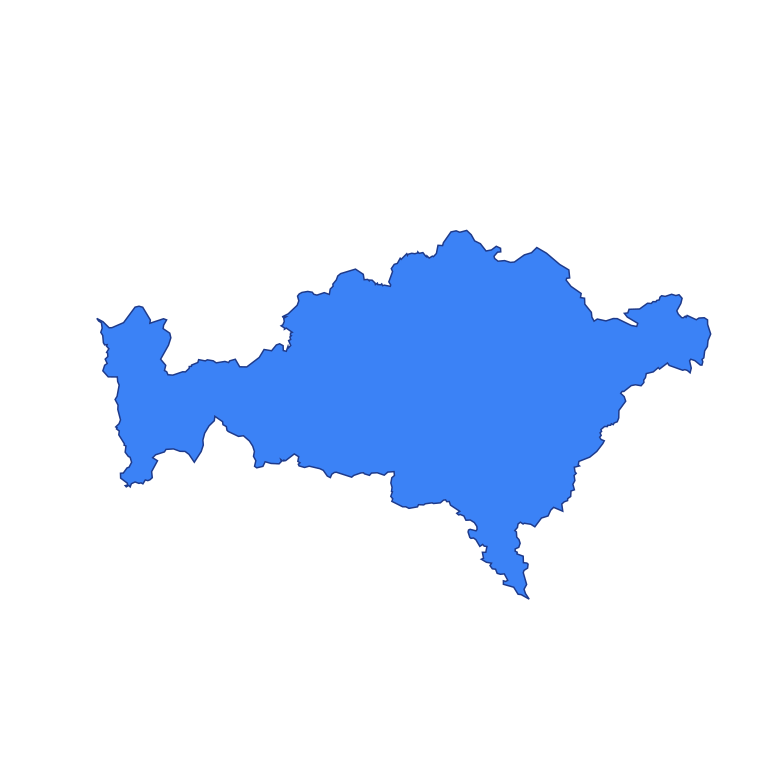 outline of San Martín de Bolaños, Jalisco, Mexico, rotated 110°
{"feature_id": "50627088B70833625521917", "entity_name": "San Martín de Bolaños", "entity_type": "district", "adm_level": 2, "iso_a3": "MEX", "parent_name": "Mexico", "parent_adm1": "Jalisco", "projection": "natural_earth1", "projection_center": [-103.757, 21.572], "detail": "fine", "context": "isolated", "style": "filled", "palette": "blue", "viewbox_px": 768, "rotation_deg": 110, "n_neighbors": 0, "source": "geoboundaries", "source_scale": "gbopen_adm2", "svg_char_len": 6161}
<svg xmlns="http://www.w3.org/2000/svg" viewBox="0 0 768 768"><g transform="rotate(110 384 384)"><path d="M212.2,105.7L214.3,110.6L216.8,112.5L215.9,122.6L218.0,123.0L217.3,124.1L219.5,125.5L219.8,127.0L217.7,131.3L215.1,133.9L206.8,132.6L201.5,133.2L199.2,137.3L201.1,140.0L201.3,144.4L205.5,149.7L206.1,153.3L208.0,154.4L210.8,154.1L212.3,156.4L213.7,156.6L214.6,159.4L216.9,160.4L218.0,164.0L226.1,169.5L230.0,179.3L233.8,179.2L235.4,182.3L237.9,178.3L240.2,166.3L243.5,166.2L244.4,171.7L242.8,187.2L244.1,191.0L248.8,197.0L250.0,205.8L253.1,208.1L250.1,211.5L245.7,213.7L240.3,222.6L234.8,224.9L235.6,228.9L231.5,229.7L228.3,241.7L224.1,248.4L222.2,248.5L220.8,245.8L213.6,249.3L211.6,259.7L205.5,276.1L203.5,287.1L210.2,290.3L214.7,296.3L224.8,303.2L226.5,306.8L226.8,312.9L229.6,318.8L228.2,323.0L226.3,324.3L221.3,322.4L219.9,319.5L216.6,320.9L216.2,325.6L221.3,328.9L224.1,333.6L219.2,341.4L218.5,347.8L213.9,353.1L211.4,358.8L215.5,364.7L215.4,368.6L218.2,373.1L230.8,376.5L233.9,376.3L235.2,380.7L243.4,379.4L247.4,381.1L247.3,382.3L250.2,384.6L248.9,387.5L249.9,387.4L249.7,388.4L247.2,392.4L249.2,395.6L248.3,397.4L249.3,397.2L251.0,399.5L251.7,402.7L253.9,405.8L255.1,405.9L253.8,407.2L261.0,410.5L260.3,411.8L266.1,412.7L268.1,415.3L273.1,416.6L275.4,414.4L286.4,414.4L288.6,411.6L290.1,411.5L291.0,417.5L292.1,419.0L290.7,420.4L291.9,421.1L292.7,423.9L291.5,424.7L293.5,426.1L292.2,426.9L290.5,430.6L291.3,433.2L292.1,433.2L291.3,435.1L292.8,438.3L288.0,441.0L285.8,450.1L295.1,462.5L298.3,464.4L302.5,464.4L307.6,466.2L309.6,465.3L313.2,467.0L318.5,466.0L318.6,471.4L323.4,477.4L323.7,480.6L322.3,482.8L323.1,487.3L326.0,492.4L328.4,494.5L331.0,495.3L335.0,492.5L339.8,492.5L350.8,498.0L355.8,502.7L354.4,499.0L356.6,500.7L359.3,499.1L363.0,499.3L364.5,500.6L365.4,496.6L366.6,496.3L364.9,494.9L366.8,487.9L368.1,489.2L370.1,488.7L370.3,487.6L372.0,488.5L374.1,486.9L375.8,488.5L379.7,484.8L382.7,486.2L381.4,487.1L386.7,487.0L387.0,490.1L382.5,491.9L381.9,495.8L384.1,498.5L391.2,501.0L392.6,508.5L401.7,510.3L414.9,518.8L417.2,525.5L411.6,532.2L415.0,536.9L417.0,537.4L417.2,541.2L421.5,548.9L420.6,552.4L421.7,558.3L423.4,559.8L424.5,566.5L427.5,566.3L432.0,571.3L433.3,571.0L434.2,573.0L435.9,572.4L440.5,574.7L441.4,577.4L447.9,585.5L449.2,590.2L446.8,592.4L446.4,594.9L441.1,595.5L437.1,602.4L421.3,599.8L413.5,600.1L409.5,602.7L407.5,610.5L404.1,611.2L398.1,610.2L398.1,613.5L407.0,624.8L403.8,625.4L394.4,637.0L394.7,640.8L396.9,644.2L415.4,649.7L424.1,658.9L425.2,661.5L421.6,669.3L420.6,676.3L422.4,673.7L423.1,670.5L428.0,667.9L432.3,667.8L434.6,664.9L441.2,661.8L442.8,659.9L441.7,657.6L443.3,657.7L445.0,654.6L449.2,655.5L449.5,654.3L452.7,652.9L456.0,654.5L459.4,651.1L461.9,652.9L467.8,652.7L471.6,645.6L468.6,637.0L472.8,635.1L475.6,632.5L486.9,630.6L490.5,631.4L494.8,626.7L499.0,625.4L507.9,619.3L512.0,619.4L516.1,621.4L516.4,619.9L517.7,620.0L518.7,616.7L522.5,615.8L529.0,607.5L530.4,607.3L530.5,605.3L536.6,603.9L539.5,599.5L539.7,597.5L543.9,594.4L549.3,595.1L550.8,596.8L556.8,598.5L558.0,601.1L562.5,599.3L565.0,591.2L566.9,590.5L568.0,592.4L568.8,591.0L566.6,589.2L567.5,587.3L564.1,587.3L561.2,584.4L561.2,580.3L560.0,578.5L560.3,576.4L555.8,575.5L555.6,572.9L554.1,571.2L551.3,569.7L545.8,572.4L533.6,570.6L532.4,576.2L528.6,574.4L522.9,567.1L520.0,566.5L517.0,559.6L517.0,552.6L515.4,547.9L516.8,543.2L522.4,535.5L510.0,532.7L503.2,532.9L498.7,535.0L491.6,535.7L483.2,534.1L476.6,530.9L472.2,531.9L474.6,522.8L477.3,521.4L477.9,517.6L481.2,515.7L481.9,514.1L483.0,502.8L480.7,498.4L483.6,490.9L487.3,486.1L491.7,482.7L496.6,481.9L499.9,478.2L505.6,477.5L506.3,474.9L502.8,469.6L497.7,469.1L497.3,463.0L494.9,455.3L491.8,453.9L490.3,455.1L490.9,453.3L490.6,452.0L489.1,452.2L490.4,451.8L489.6,450.2L480.4,444.4L481.5,439.3L486.2,438.5L486.8,436.0L488.7,437.1L490.0,435.8L489.6,430.1L486.8,426.2L485.5,415.3L485.9,411.5L489.9,405.8L490.3,402.4L486.6,402.2L484.1,400.4L483.2,398.6L482.6,382.5L480.2,381.1L475.4,375.2L474.4,372.9L475.1,371.7L474.8,366.4L472.0,365.3L469.7,360.0L469.6,352.6L465.5,350.3L462.9,344.6L466.4,342.9L469.4,344.6L474.7,343.7L478.3,341.1L482.4,340.2L482.4,339.2L487.3,339.2L488.9,336.5L491.6,336.5L493.0,324.4L491.9,321.5L492.3,318.0L488.0,310.5L485.6,310.3L484.0,305.3L482.4,304.2L479.2,298.1L479.4,296.7L476.4,290.4L472.8,288.4L471.8,286.5L473.1,284.8L472.1,282.5L475.1,280.1L477.7,269.3L480.6,271.4L481.5,269.1L480.5,267.6L480.7,263.8L484.0,260.4L482.3,256.4L483.3,251.7L486.1,248.0L488.8,246.8L490.5,247.3L491.1,253.4L492.3,254.6L494.3,254.4L498.8,250.9L499.3,249.5L498.1,247.2L498.9,244.4L503.8,238.4L501.0,236.4L502.1,234.4L501.5,231.7L507.3,230.8L508.5,234.0L513.7,230.9L515.4,232.6L516.5,226.8L515.6,221.7L518.4,222.3L520.6,219.0L519.9,215.8L523.2,212.9L523.0,209.6L521.3,206.0L526.1,200.6L527.9,202.1L528.1,204.5L531.4,203.3L530.6,192.6L535.7,186.1L535.0,183.1L536.5,174.0L532.5,179.4L529.0,182.2L523.6,181.4L513.7,188.6L511.3,188.7L507.9,186.1L504.0,187.0L503.4,188.5L504.2,191.9L498.2,194.3L498.2,200.9L496.5,201.3L496.2,203.6L494.1,204.3L491.4,201.5L487.1,201.6L484.1,203.9L482.5,206.9L477.7,209.0L477.0,211.0L473.2,209.5L469.8,210.2L467.2,208.6L468.0,205.4L466.9,204.6L465.6,198.1L466.6,193.4L456.1,190.2L451.9,184.7L445.6,184.2L441.9,182.4L442.4,172.5L436.0,175.9L433.0,174.3L430.8,171.6L428.9,172.2L425.8,170.1L420.6,171.7L418.3,168.9L413.6,172.2L409.5,171.6L404.9,174.1L402.2,172.8L401.2,174.5L397.1,176.7L394.1,172.3L393.5,173.8L390.1,174.4L382.3,165.6L374.6,161.0L365.1,158.0L362.0,157.6L361.9,161.1L360.2,163.2L358.1,162.3L355.9,164.3L354.2,163.3L352.6,164.6L348.5,162.2L347.6,159.5L346.4,159.7L345.2,156.9L343.6,156.8L343.8,154.7L341.9,154.4L339.7,151.9L335.6,151.8L328.5,154.2L317.5,151.0L313.7,154.0L311.8,158.4L309.4,157.6L309.0,156.1L300.9,151.1L298.7,147.4L297.7,141.8L293.7,140.3L291.4,141.3L288.6,140.5L284.5,141.1L280.5,135.1L274.8,131.9L275.7,130.2L267.3,124.8L269.0,122.4L268.9,108.0L267.6,106.2L267.5,103.6L268.8,100.2L264.0,100.7L257.7,104.8L255.8,104.2L255.7,99.9L258.0,93.3L257.5,91.7L254.1,92.0L252.1,93.6L250.0,92.4L243.2,94.0L238.2,92.9L232.4,94.4L225.3,94.1L217.3,100.3L213.1,101.9L212.2,105.7Z" fill="#3b82f6" stroke="#1e3a8a" stroke-width="1.5"/></g></svg>